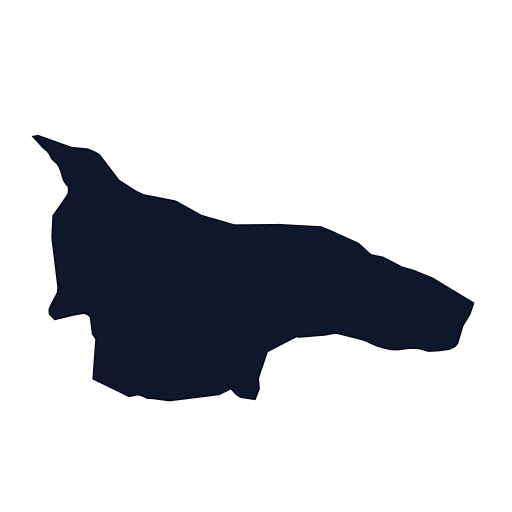 map outline of Quindío (Natural Earth projection), rotated 264°
{"feature_id": "COL-1400", "entity_name": "Quindío", "entity_type": "Department", "adm_level": 1, "iso_a3": "COL", "parent_name": "Colombia", "parent_adm1": "", "projection": "natural_earth1", "projection_center": [-75.678, 4.399], "detail": "fine", "context": "isolated", "style": "filled", "palette": "ink", "viewbox_px": 512, "rotation_deg": 264, "n_neighbors": 0, "source": "natural_earth", "source_scale": "10m", "svg_char_len": 1170}
<svg xmlns="http://www.w3.org/2000/svg" viewBox="0 0 512 512"><g transform="rotate(264 256 256)"><path d="M398.1,46.7L398.5,51.8L383.1,83.7L380.0,99.3L376.5,106.0L373.0,110.8L345.6,127.4L332.9,143.3L328.5,150.5L318.9,181.7L302.1,205.6L289.0,237.7L284.7,282.6L278.0,323.9L271.3,336.1L257.7,359.1L245.1,370.4L241.4,382.1L229.5,400.2L225.4,410.5L215.8,428.7L186.4,467.5L175.9,462.6L165.0,454.3L147.9,447.2L145.1,444.1L143.2,439.0L142.8,428.6L143.3,417.7L146.8,409.0L147.7,404.3L148.3,398.9L148.0,387.0L148.9,380.6L151.2,373.6L154.1,366.7L161.5,353.8L170.5,329.2L171.1,325.5L170.3,316.5L170.9,290.2L171.8,288.0L159.8,257.2L134.4,245.5L123.6,245.2L113.5,240.0L117.1,226.3L118.6,224.1L120.4,222.0L126.8,217.2L122.2,205.0L121.2,155.0L125.2,138.2L126.0,133.0L129.4,127.2L130.5,123.7L129.6,115.2L150.8,81.2L190.0,88.2L195.7,85.3L212.7,85.0L215.3,82.6L217.2,78.9L216.5,68.4L213.9,49.3L220.1,44.5L224.5,44.8L228.4,46.9L239.9,54.6L244.9,55.9L295.6,55.1L317.1,58.4L337.2,75.7L340.4,76.4L344.5,76.7L347.9,74.3L352.1,72.4L361.0,70.8L365.7,69.4L369.0,67.6L372.5,64.3L374.7,62.9L379.5,61.0L383.0,58.6L385.6,55.9L398.1,46.7Z" fill="#0f172a" stroke="#020617" stroke-width="1.5"/></g></svg>